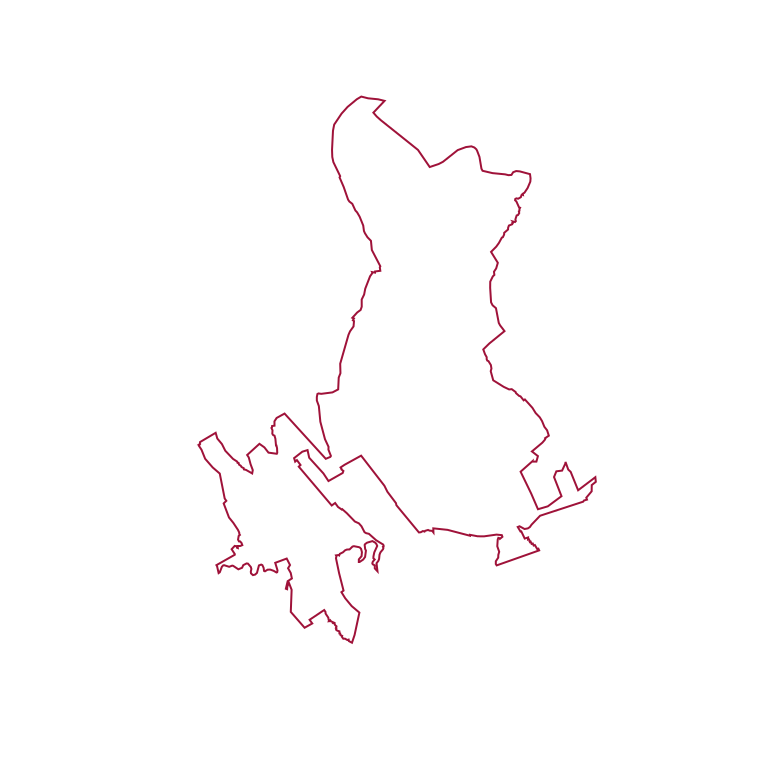 Temoaya, México, Mexico (Natural Earth projection), rotated 317°
{"feature_id": "50627088B51364435398439", "entity_name": "Temoaya", "entity_type": "district", "adm_level": 2, "iso_a3": "MEX", "parent_name": "Mexico", "parent_adm1": "México", "projection": "natural_earth1", "projection_center": [-99.618, 19.489], "detail": "fine", "context": "isolated", "style": "outline", "palette": "rose", "viewbox_px": 768, "rotation_deg": 317, "n_neighbors": 0, "source": "geoboundaries", "source_scale": "gbopen_adm2", "svg_char_len": 6166}
<svg xmlns="http://www.w3.org/2000/svg" viewBox="0 0 768 768"><g transform="rotate(317 384 384)"><path d="M184.1,551.4L191.3,547.5L210.1,534.4L208.9,524.4L209.5,514.3L210.9,507.2L213.5,507.5L222.1,491.8L230.1,478.6L231.7,477.6L232.0,476.6L234.2,478.1L234.3,478.8L235.9,478.1L239.2,479.1L242.2,479.1L244.0,479.8L246.0,481.5L250.1,481.4L251.4,482.1L254.3,486.1L254.8,487.1L254.8,488.9L253.2,491.9L250.2,494.6L246.0,495.1L244.2,497.0L244.7,497.5L249.0,498.2L252.2,497.6L257.2,493.5L257.7,491.8L260.1,488.5L261.0,488.2L263.4,488.5L268.4,491.0L269.4,494.1L269.3,495.8L268.6,497.8L262.1,500.5L258.7,502.9L257.4,504.2L257.5,506.0L254.7,506.3L253.2,507.1L252.8,508.2L253.5,510.3L251.5,512.6L251.5,516.5L256.3,510.0L259.3,509.5L261.1,508.6L264.3,505.8L266.6,504.7L270.5,504.2L271.8,503.5L272.2,502.3L273.3,502.3L273.9,500.9L271.7,492.9L270.8,483.3L269.2,480.9L268.7,479.1L270.5,472.7L270.6,468.8L268.9,464.7L268.7,453.1L268.1,447.1L267.5,447.1L266.5,442.6L267.1,437.7L262.9,437.2L265.3,386.3L267.7,386.3L268.4,380.3L266.1,380.2L267.7,376.9L278.1,377.8L283.0,380.2L279.0,386.9L278.7,408.1L277.2,417.1L293.1,420.9L295.0,419.9L294.6,417.5L295.0,417.2L295.3,415.4L300.1,416.2L318.4,420.8L314.9,458.7L313.0,465.1L311.5,479.3L310.4,481.1L308.3,516.4L309.8,517.5L312.2,518.1L313.0,519.6L313.9,519.4L316.7,520.8L317.3,522.3L319.1,524.3L318.9,526.3L321.6,523.2L331.0,534.0L343.4,553.6L344.0,552.9L348.6,559.2L353.2,563.6L363.6,570.9L367.1,574.9L366.4,576.5L363.2,576.3L363.4,575.7L362.7,574.5L361.1,575.3L356.2,579.9L353.8,585.3L351.1,586.9L349.1,588.9L344.9,589.9L343.0,591.9L342.7,593.5L384.0,611.5L384.6,609.7L383.5,609.2L384.5,604.7L383.3,604.2L384.0,602.1L382.9,601.6L383.7,599.4L382.9,599.2L383.1,598.5L383.5,598.6L384.1,596.2L383.3,595.9L384.7,594.5L381.5,593.0L383.9,585.4L383.2,585.0L384.3,579.8L386.1,580.5L387.9,585.9L390.7,587.7L393.1,588.1L396.0,587.5L408.3,586.8L449.4,605.9L450.8,605.6L453.6,607.0L454.4,605.1L462.7,604.1L467.0,599.6L472.2,600.0L475.0,596.3L453.5,594.1L460.6,575.6L460.4,572.2L463.6,564.8L462.5,565.8L455.2,568.8L450.5,565.4L444.9,568.0L437.3,587.1L420.4,585.2L411.2,580.6L416.9,564.6L424.1,541.3L439.8,541.7L439.5,541.9L442.5,544.7L447.4,541.7L446.2,534.2L459.8,534.9L463.5,534.5L464.8,534.0L464.9,533.5L469.3,534.2L471.7,529.1L472.1,524.7L474.3,518.9L475.2,514.6L475.1,508.7L476.3,502.6L476.5,491.4L475.0,491.2L475.4,486.1L474.7,484.9L474.3,480.7L474.8,479.6L473.9,474.9L471.8,473.3L469.6,467.7L466.4,455.8L470.8,447.4L473.1,446.0L475.1,443.0L476.0,438.5L475.5,437.3L476.0,435.9L477.4,434.4L478.2,431.1L480.2,426.4L488.7,426.2L508.2,427.5L508.9,420.3L509.6,417.6L517.6,404.9L517.1,400.5L518.0,397.3L527.2,386.1L531.5,381.6L537.0,379.5L539.1,379.5L541.0,376.9L544.8,376.0L549.9,373.0L552.4,360.4L559.8,360.1L564.3,359.2L570.0,357.3L571.1,357.7L573.8,356.6L575.0,355.4L580.1,355.6L581.3,354.4L583.4,353.3L586.7,354.6L587.8,353.6L588.3,354.1L589.2,353.6L589.2,353.2L590.3,354.9L591.5,354.8L592.3,353.3L593.6,352.5L596.0,351.2L597.3,351.8L599.5,351.2L600.4,349.7L601.2,349.7L602.4,348.4L603.7,347.9L603.2,347.0L605.3,340.8L605.2,339.0L606.2,338.2L607.4,338.5L608.5,340.0L611.5,340.7L613.4,339.6L614.3,339.6L614.6,340.4L615.2,339.5L617.2,339.9L622.7,338.6L629.0,335.8L631.4,333.6L633.9,330.1L628.3,321.1L625.9,318.4L622.9,317.2L619.8,318.0L617.5,316.2L615.5,313.2L607.2,303.8L601.5,295.3L602.1,293.0L608.7,283.0L611.1,277.1L611.6,275.4L611.4,272.7L610.0,269.8L605.5,266.6L597.4,263.2L578.6,261.7L574.0,260.4L565.4,256.5L568.5,236.0L561.6,189.0L561.1,183.4L561.3,178.3L577.5,177.3L573.9,171.8L567.2,164.2L563.4,158.3L558.3,157.2L546.4,156.5L537.4,157.3L524.5,160.3L519.4,164.0L505.7,177.3L501.0,182.7L498.3,187.2L493.7,202.1L492.4,202.6L488.9,212.4L483.5,224.6L483.1,226.9L483.7,230.6L481.4,237.6L481.4,240.1L480.3,245.0L476.9,253.9L473.7,258.4L472.9,260.7L472.0,265.4L472.1,270.4L466.5,277.7L461.6,295.4L460.5,295.8L458.5,298.7L454.2,295.6L453.4,296.4L451.6,294.0L451.3,294.9L447.3,295.7L435.3,301.5L430.5,305.0L425.3,307.0L420.4,312.3L417.4,313.9L413.2,313.4L406.0,314.0L406.7,315.6L404.7,316.2L405.0,317.5L401.0,321.1L395.1,322.3L391.6,323.8L365.8,339.3L359.5,346.4L355.3,348.4L346.8,356.7L340.6,355.0L331.4,348.4L329.6,346.2L328.5,345.9L326.0,347.7L323.6,350.3L321.3,355.7L311.7,368.2L303.2,384.1L300.6,392.1L298.6,394.1L296.1,400.4L295.0,400.7L290.4,399.0L291.1,337.8L282.3,335.6L278.4,336.6L275.5,339.8L273.5,338.4L272.5,339.3L271.7,339.4L270.9,341.8L268.4,344.2L268.1,345.8L268.7,347.1L267.2,350.0L263.1,355.3L263.4,355.6L262.0,358.0L259.0,361.5L258.0,361.9L252.7,355.4L253.3,348.8L252.1,342.8L235.5,342.6L235.0,345.5L231.7,351.7L229.3,357.5L226.6,359.5L224.5,352.7L223.3,350.9L224.0,349.9L223.2,347.6L223.5,346.1L223.0,344.1L223.8,342.6L223.1,341.8L223.7,340.7L222.5,335.8L222.4,324.6L224.5,317.4L224.9,310.2L227.6,304.9L209.9,301.0L208.3,302.3L207.6,302.2L207.9,302.6L206.5,302.9L205.7,307.6L202.2,316.7L201.8,328.2L202.8,337.5L189.4,359.1L189.0,361.9L185.3,362.0L179.6,375.9L179.1,382.8L177.7,391.1L176.8,393.9L175.9,395.0L175.7,396.1L174.1,396.0L171.1,398.3L170.6,400.3L171.4,401.0L171.4,403.0L170.5,405.2L168.3,404.4L166.4,402.6L165.2,404.3L164.8,403.5L165.5,402.2L164.4,400.6L159.9,400.9L158.9,406.6L158.4,407.1L137.9,402.2L137.6,403.5L134.1,409.5L135.5,409.7L140.8,407.1L142.7,407.0L143.5,407.5L146.1,412.1L149.1,413.3L149.7,414.2L151.1,420.2L154.9,421.6L157.5,420.5L161.1,421.5L162.0,422.6L161.8,427.0L160.9,428.8L158.5,430.5L157.6,431.8L157.8,434.4L159.8,435.5L162.3,435.5L168.8,431.4L171.0,432.3L171.5,433.5L170.6,436.3L168.8,438.9L169.2,439.8L172.2,440.4L174.2,442.1L175.9,445.4L176.8,448.5L177.5,448.8L179.0,447.7L182.5,440.6L193.8,445.3L191.8,452.3L188.2,453.3L186.9,458.6L184.0,463.4L179.1,462.5L172.6,466.8L173.2,468.0L175.0,466.3L178.9,464.5L176.1,471.5L160.4,487.1L159.7,508.1L168.2,510.2L168.8,505.7L186.1,508.5L185.8,510.7L184.7,512.1L183.9,516.9L182.7,518.7L183.0,519.5L181.9,519.9L182.7,520.5L183.5,520.3L183.4,521.5L184.7,524.6L183.9,524.6L184.5,525.5L183.8,527.0L184.0,528.8L182.4,529.6L182.6,530.2L181.4,531.0L181.6,532.5L182.7,534.5L181.3,536.0L181.8,536.6L181.0,537.7L181.6,539.7L180.8,540.0L180.5,542.5L181.8,543.7L182.6,546.3L183.8,546.8L183.0,548.1L184.1,551.4Z" fill="none" stroke="#9f1239" stroke-width="2"/></g></svg>